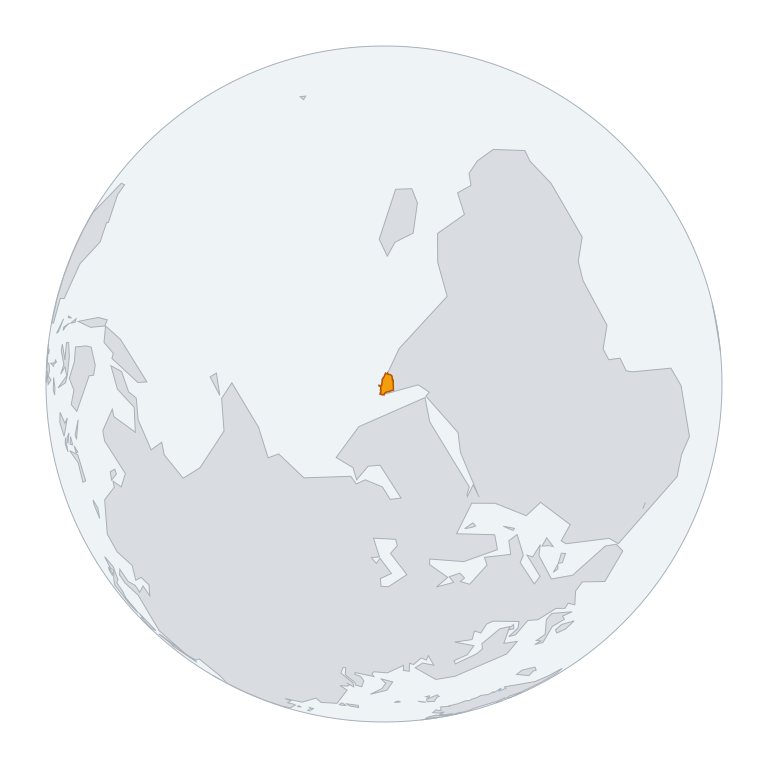 Bari on an orthographic globe, rotated 178°
{"feature_id": "SOM-1", "entity_name": "Bari", "entity_type": "Region", "adm_level": 1, "iso_a3": "SOM", "parent_name": "Somalia", "parent_adm1": "", "projection": "orthographic", "projection_center": [50.532, 10.16], "detail": "fine", "context": "on_globe", "style": "filled", "palette": "amber", "viewbox_px": 768, "rotation_deg": 178, "n_neighbors": 0, "source": "natural_earth", "source_scale": "10m", "svg_char_len": 10083}
<svg xmlns="http://www.w3.org/2000/svg" viewBox="0 0 768 768"><g transform="rotate(178 384 384)"><circle cx="384" cy="384" r="338" fill="#eef3f6" stroke="#a8b0b8"/><path d="M46.7,405.0L48.5,420.1L51.2,440.5L53.2,452.9L49.1,429.0L46.7,405.0ZM324.7,51.3L321.7,51.9L317.0,52.8L318.6,52.5L324.7,51.3ZM343.3,48.5L341.7,48.7L341.8,48.7L343.3,48.5ZM347.2,48.1L350.6,47.8L346.2,48.2L347.2,48.1ZM356.3,47.2L358.5,47.0L353.7,47.4L356.3,47.2ZM353.0,48.0L340.8,49.1L340.9,48.9L352.7,47.7L353.0,48.0ZM565.4,98.9L562.6,97.1L557.7,94.1L565.4,98.9ZM537.4,82.9L535.3,81.9L539.2,83.9L549.4,89.5L551.8,90.8L557.8,97.9L578.3,115.7L581.7,114.6L590.9,120.5L617.2,145.2L637.1,181.6L649.6,194.0L655.0,202.5L654.5,208.1L646.6,195.6L639.8,191.5L635.4,184.3L631.9,190.6L625.5,180.6L625.9,191.4L633.4,199.2L638.9,196.5L642.0,211.5L656.5,225.5L665.8,243.7L667.2,278.1L657.2,290.2L658.2,296.4L650.2,290.3L645.6,303.5L665.2,336.8L666.7,347.1L656.4,368.4L655.1,360.8L634.2,344.5L634.5,369.4L650.6,388.2L656.3,411.8L645.8,405.6L639.5,385.0L632.1,378.6L631.0,356.9L619.0,326.3L608.2,333.6L606.1,320.9L588.0,296.8L570.8,306.7L545.5,342.6L546.8,375.3L536.0,390.5L510.9,345.1L502.4,314.3L491.7,317.8L467.3,293.0L420.4,292.9L415.2,285.0L406.1,288.9L389.2,281.2L381.9,268.5L370.9,269.4L390.8,303.0L402.7,302.4L414.7,289.2L417.9,301.5L434.4,312.2L410.7,342.2L343.5,369.0L339.6,344.5L302.3,278.1L304.9,271.0L304.9,270.2L304.6,268.7L298.4,280.2L292.9,267.6L310.0,313.1L311.7,332.9L342.6,370.4L339.0,374.2L349.7,382.0L387.3,373.0L387.0,381.2L367.6,418.9L317.8,469.4L326.1,503.8L325.2,532.6L297.7,550.6L303.8,572.5L290.1,579.5L291.7,591.6L282.8,603.8L266.6,614.6L235.1,612.4L230.3,601.5L210.1,578.8L180.8,523.9L185.6,500.0L181.5,480.4L159.1,434.9L163.8,411.3L158.5,400.4L147.2,401.6L141.5,388.7L135.0,387.5L96.7,389.8L87.1,371.8L80.6,320.9L89.1,303.0L94.3,281.2L155.4,216.3L164.3,221.9L207.7,218.0L212.4,221.1L202.8,236.9L231.7,260.3L246.4,247.4L277.1,260.9L300.5,261.8L316.7,231.8L278.6,229.5L276.4,214.5L310.5,203.7L344.5,207.5L344.8,202.0L327.0,188.5L338.6,179.3L321.3,183.3L325.5,189.1L314.8,192.3L310.3,187.3L314.6,183.9L305.4,180.9L287.3,199.4L289.7,207.3L263.3,209.3L264.7,223.0L256.2,228.9L250.7,208.0L254.1,200.8L240.8,178.9L234.8,186.3L247.0,208.0L241.4,206.0L233.4,218.0L235.2,207.3L223.5,183.3L202.2,186.3L168.5,214.3L157.4,215.8L151.2,208.7L170.2,178.9L192.7,179.3L199.8,170.3L201.0,156.7L207.7,158.5L211.0,153.5L220.0,153.7L238.5,143.0L248.5,142.7L261.2,128.8L268.1,127.2L258.6,135.5L257.4,141.9L283.1,143.2L289.7,140.6L295.9,131.8L302.2,134.0L304.9,125.5L322.4,123.6L303.3,119.3L310.1,110.6L323.6,105.0L322.4,101.8L300.4,111.3L294.8,116.0L295.3,121.0L276.8,135.3L266.8,137.2L273.3,120.6L259.8,122.1L270.7,110.0L323.3,89.4L342.5,86.9L362.7,99.3L355.1,103.8L344.0,101.2L349.2,111.0L351.2,106.6L356.4,108.9L364.2,102.6L368.3,104.0L368.8,96.0L374.7,97.1L374.2,102.1L390.8,95.2L404.4,96.8L406.2,94.7L404.3,92.0L422.9,96.6L423.4,94.9L417.5,92.6L414.6,88.1L416.8,82.2L423.1,84.1L423.2,86.4L432.9,94.9L432.1,101.8L434.9,102.1L437.1,96.6L425.3,86.2L424.8,82.3L431.6,86.5L429.0,84.6L430.8,83.4L438.5,84.1L431.5,79.4L442.1,66.5L458.0,68.0L462.9,72.4L476.9,68.9L493.8,73.1L488.2,70.6L491.3,68.8L486.1,67.4L483.6,66.2L489.1,63.6L495.2,65.3L492.0,63.8L515.1,72.5L537.4,82.9ZM129.7,250.3L126.9,256.6L129.7,250.3ZM377.8,228.4L399.9,230.3L394.6,211.4L402.7,210.9L397.9,205.0L394.1,210.0L383.2,194.4L394.4,189.7L394.1,182.0L386.7,181.2L367.8,192.7L383.4,214.5L376.3,221.9L377.8,228.4ZM220.0,129.1L221.2,132.3L214.9,137.5L202.2,140.7L211.1,132.8L220.0,129.1ZM224.3,135.8L234.2,120.1L242.5,118.4L236.2,121.8L240.7,122.3L231.7,128.1L229.9,143.0L224.3,148.9L203.9,149.8L213.7,145.8L211.9,142.6L224.3,135.8ZM244.9,91.9L249.3,87.5L261.6,89.1L256.1,93.2L243.0,95.8L241.9,92.7L244.9,91.9ZM283.3,61.4L277.5,63.3L277.4,63.3L283.3,61.4ZM270.4,65.7L261.2,69.2L257.2,70.8L270.4,65.7ZM343.5,56.5L338.5,55.5L338.5,59.3L329.6,59.6L330.2,60.1L322.0,61.7L313.0,64.7L309.6,64.6L307.5,65.9L302.0,67.4L298.1,69.3L290.6,70.1L285.2,72.7L284.8,71.7L277.4,76.1L279.6,73.3L272.7,75.6L274.2,77.1L243.6,81.3L229.2,86.9L215.9,93.6L221.4,89.0L237.3,80.4L257.2,71.6L270.3,67.5L270.4,66.8L276.7,64.8L274.0,66.2L282.0,63.0L286.4,61.9L304.2,57.1L312.8,54.2L319.5,52.8L318.4,53.4L325.8,51.7L328.2,52.2L333.1,51.4L340.2,51.7L335.2,54.1L341.0,53.2L346.7,53.9L343.5,56.5ZM333.5,49.9L334.1,49.8L337.3,49.4L332.9,50.0L338.9,49.2L340.3,49.2L345.3,48.7L342.6,49.3L354.7,48.1L350.7,49.8L343.9,51.2L334.3,50.4L329.6,51.1L323.2,51.7L330.9,50.3L333.5,49.9ZM220.5,215.6L224.6,216.7L231.7,216.5L226.8,224.6L220.5,215.6ZM212.0,199.3L216.1,198.5L212.6,208.8L208.4,208.2L212.0,199.3ZM221.4,189.9L216.6,197.7L216.7,193.1L221.4,189.9ZM262.8,134.8L267.6,134.0L266.9,136.1L262.9,139.1L262.8,134.8ZM341.5,71.5L339.8,69.8L341.9,69.2L344.9,65.0L351.7,65.0L352.6,67.5L341.5,71.5ZM308.5,236.6L300.1,242.1L297.3,239.0L300.8,237.7L308.5,236.6ZM260.1,233.1L269.8,237.7L258.7,235.2L260.1,233.1ZM349.5,70.8L349.9,68.9L353.0,70.1L349.5,70.8ZM356.9,64.8L361.1,65.8L352.9,64.5L356.9,64.8ZM454.5,671.0L457.8,674.0L452.2,674.5L454.5,671.0ZM383.7,528.9L365.6,578.2L349.4,578.2L344.3,563.7L349.6,533.8L367.9,525.4L376.3,511.7L383.7,528.9ZM693.9,460.8L697.2,461.4L696.8,463.0L693.9,460.8ZM690.6,456.4L695.0,455.8L689.4,460.0L690.6,456.4ZM696.6,455.7L700.9,451.7L702.8,448.7L702.1,452.0L696.6,455.7ZM687.4,457.2L667.2,460.5L658.3,457.8L661.1,451.7L675.5,450.9L687.4,457.2ZM660.3,451.7L645.8,437.8L620.9,394.4L629.9,394.1L655.0,419.0L653.5,424.1L662.3,435.4L660.3,451.7ZM692.7,416.8L691.0,431.8L680.5,432.5L675.4,431.1L671.9,412.8L673.9,402.9L678.4,402.5L691.9,367.4L697.3,374.3L694.1,388.7L698.3,400.6L692.7,416.8ZM548.5,378.3L557.5,397.2L551.1,400.8L548.5,378.3ZM694.5,343.9L690.9,359.0L693.2,339.4L694.5,343.9ZM694.1,326.0L695.8,332.9L692.4,326.6L694.1,326.0ZM660.7,305.9L656.1,308.3L654.6,303.4L659.6,297.6L660.7,305.9ZM672.8,259.5L677.9,273.4L678.9,278.3L674.3,270.1L672.8,259.5ZM408.4,74.4L396.6,79.7L392.7,85.0L397.6,89.6L385.7,86.0L391.7,77.9L408.4,74.4ZM437.3,66.9L432.9,64.0L438.1,64.5L439.8,65.3L437.3,66.9ZM432.4,65.7L420.9,63.7L420.6,61.6L429.7,63.5L432.4,65.7ZM384.9,65.4L381.0,66.7L378.5,65.6L384.9,65.4ZM667.1,568.5L668.4,565.9L639.5,593.8L636.3,592.2L643.7,582.4L653.9,554.9L655.6,555.0L662.7,536.0L683.6,514.9L700.6,480.6L704.6,480.8L712.2,456.5L713.9,456.5L709.2,475.1L708.1,479.8L700.3,503.0L690.8,525.6L679.7,547.5L667.1,568.5ZM701.9,460.4L707.5,447.6L709.5,446.0L701.9,460.4ZM717.9,435.7L719.0,428.3L720.1,418.0L718.1,415.7L717.8,409.2L719.3,403.9L716.7,399.8L719.7,395.3L720.0,408.8L721.3,397.1L721.6,398.2L717.9,435.7ZM717.9,426.2L718.2,426.0L717.4,430.4L717.9,426.2ZM712.1,416.1L711.6,420.0L710.6,417.4L712.1,416.1ZM713.6,413.3L716.3,416.4L713.2,416.7L713.6,413.3ZM700.8,403.3L702.3,412.2L706.8,405.2L703.3,414.5L705.4,428.9L704.0,434.9L702.1,419.2L699.9,436.4L697.7,436.6L697.5,422.3L700.1,404.2L702.2,396.4L709.9,391.5L700.8,403.3ZM714.0,402.1L713.0,391.7L713.5,384.4L714.7,389.7L714.0,402.1ZM708.7,367.1L704.3,355.9L701.7,361.2L705.5,342.9L709.3,356.7L708.7,367.1ZM702.7,341.4L700.5,346.2L701.9,335.8L702.7,341.4ZM699.1,342.3L697.3,334.1L699.9,334.7L699.1,342.3ZM704.2,341.4L702.2,327.2L704.7,335.2L704.2,341.4ZM692.4,316.0L700.4,328.3L692.5,324.0L685.5,297.6L688.3,296.3L692.4,316.0ZM665.9,210.8L661.5,204.2L662.2,202.3L665.0,207.4L665.9,210.8ZM660.3,192.8L660.9,199.8L660.6,206.8L663.8,209.5L669.3,221.3L661.1,211.0L656.7,197.8L658.0,194.8L652.2,185.6L649.4,179.1L640.7,168.2L637.5,163.5L645.9,172.8L660.3,192.8ZM636.8,163.7L620.6,145.5L624.7,147.8L629.1,152.3L634.9,159.4L632.4,157.7L636.8,163.7ZM617.8,142.0L615.2,140.5L585.9,116.6L580.7,112.4L605.2,130.2L604.1,130.0L610.6,135.9L617.8,142.0ZM480.7,65.5L477.9,64.0L481.5,64.6L480.7,65.5ZM472.1,60.7L470.1,61.0L469.6,59.9L472.1,60.7ZM465.9,62.1L468.0,60.7L469.8,63.3L465.9,62.1Z" fill="#d9dde1" stroke="#a8b0b8" stroke-width="1"/><path d="M374.7,387.5L374.7,386.8L374.7,386.2L374.7,385.5L374.8,384.8L374.8,384.2L374.8,383.5L374.8,382.9L374.8,382.2L374.8,381.5L374.8,380.9L374.8,380.2L374.8,379.5L374.8,378.9L374.8,378.2L374.8,377.6L375.0,377.5L375.8,377.4L376.5,377.3L376.8,377.2L377.0,377.0L377.5,377.0L378.0,376.8L378.2,376.7L378.3,376.5L378.4,376.4L378.5,376.3L378.9,376.3L379.0,376.3L379.1,376.2L379.3,376.3L379.8,376.3L380.1,376.3L380.2,376.2L380.3,376.2L380.5,376.1L381.2,376.0L381.3,376.0L381.7,375.9L381.8,375.8L381.9,375.7L382.1,375.7L382.5,375.6L383.1,375.1L383.3,375.0L383.5,375.0L383.6,374.8L383.8,374.6L383.9,374.4L383.9,374.2L384.0,374.1L384.0,373.9L384.2,373.7L384.3,373.6L384.6,373.5L384.6,373.4L384.7,373.5L384.9,373.4L385.1,373.3L385.3,373.3L385.4,373.2L385.5,373.2L385.9,373.5L386.5,373.5L386.9,373.8L387.0,373.9L387.4,373.9L387.6,373.9L387.7,374.0L387.9,374.0L388.0,374.0L388.4,374.1L388.3,374.3L388.2,374.6L388.2,375.0L388.0,375.3L387.9,375.5L387.6,375.9L387.4,376.0L387.4,376.3L387.4,376.5L387.2,376.9L387.2,377.0L387.2,377.4L387.1,377.7L387.2,377.9L387.5,378.1L387.8,378.2L387.7,378.4L387.5,378.6L387.4,378.8L387.4,379.1L387.4,379.9L387.5,380.9L387.6,381.4L387.6,381.5L387.3,381.5L387.3,381.9L387.3,382.0L387.2,382.1L386.9,382.2L386.8,382.3L386.8,382.5L387.8,382.3L388.0,382.3L388.0,382.2L387.9,382.2L387.8,381.9L387.8,381.7L387.7,381.6L387.8,381.7L387.9,381.8L388.0,381.8L388.2,382.0L388.3,382.1L388.5,382.1L388.8,382.1L389.0,382.1L389.1,382.3L389.0,382.6L388.9,382.7L388.9,382.8L388.7,382.7L388.3,382.7L388.2,382.5L388.1,382.4L387.2,382.5L386.8,382.7L386.3,383.0L386.2,383.2L386.1,383.6L386.2,383.9L386.0,384.3L386.1,384.6L386.1,384.8L386.1,385.0L386.0,385.4L386.0,385.5L385.9,385.7L385.9,386.0L385.8,386.3L385.8,386.5L385.7,386.6L385.7,387.0L385.6,387.3L385.6,387.6L385.8,388.0L385.8,388.3L385.7,388.4L385.4,389.0L385.0,389.2L384.9,389.2L384.8,389.3L384.7,389.6L384.7,390.1L384.6,390.4L384.4,390.6L383.8,391.1L383.6,391.3L383.5,391.5L383.4,391.7L383.3,391.9L383.2,392.4L383.1,392.6L382.8,393.0L382.8,393.4L382.8,393.5L382.7,393.8L382.4,393.9L382.3,394.0L382.2,394.3L381.9,394.8L381.2,394.1L380.5,394.0L380.3,394.4L380.0,394.8L379.6,393.6L379.0,393.3L377.7,393.2L376.8,392.7L376.1,392.2L375.7,391.4L375.5,390.0L375.4,387.5L374.7,387.5Z" fill="#f59e0b" stroke="#b45309" stroke-width="1.5"/></g></svg>